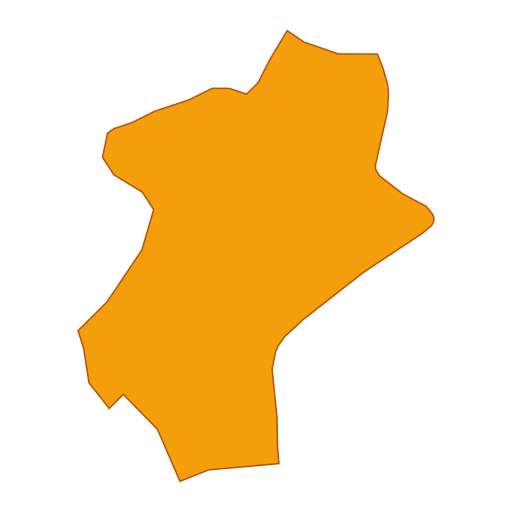 Taedong, P'yŏngan-namdo, North Korea
{"feature_id": "82179303B2846476233094", "entity_name": "Taedong", "entity_type": "district", "adm_level": 2, "iso_a3": "PRK", "parent_name": "North Korea", "parent_adm1": "P'yŏngan-namdo", "projection": "robinson", "projection_center": [125.569, 39.107], "detail": "fine", "context": "isolated", "style": "filled", "palette": "amber", "viewbox_px": 512, "rotation_deg": 0, "n_neighbors": 0, "source": "geoboundaries", "source_scale": "gbopen_adm2", "svg_char_len": 740}
<svg xmlns="http://www.w3.org/2000/svg" viewBox="0 0 512 512"><path d="M278.9,463.6L277.5,445.7L277.0,417.6L272.1,369.3L275.5,352.0L278.4,345.4L284.8,336.5L302.9,319.8L363.1,272.6L423.2,232.7L431.6,225.5L433.5,221.9L434.0,217.8L432.5,214.2L426.2,206.4L402.7,193.9L379.7,176.0L375.8,170.0L375.3,165.8L387.5,111.5L388.5,93.1L387.5,84.1L383.1,68.6L377.4,54.1L338.6,54.0L304.3,42.3L287.2,30.7L269.8,59.6L258.1,82.7L246.5,94.2L229.4,88.4L212.2,88.3L189.1,99.8L154.6,111.3L131.5,122.8L114.3,128.5L107.6,133.0L102.5,157.4L113.9,174.8L142.4,192.2L153.7,209.6L141.9,250.0L107.0,301.9L78.0,330.7L83.6,348.1L89.0,382.8L109.2,408.5L123.3,394.4L157.4,429.2L180.0,481.3L208.8,469.8L278.9,463.6Z" fill="#f59e0b" stroke="#b45309" stroke-width="1.5"/></svg>